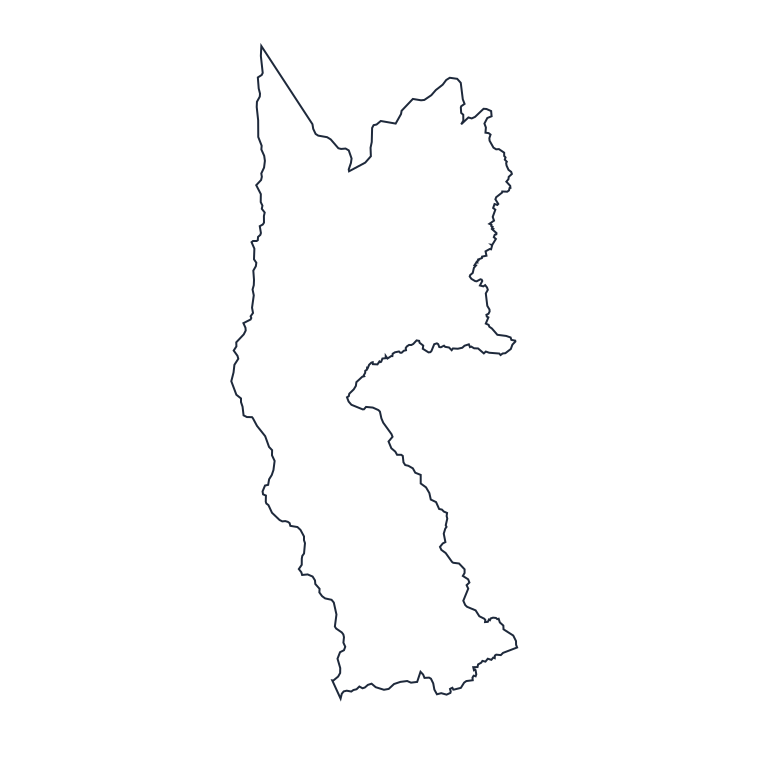 Belmira, Antioquia, Colombia (Albers equal-area conic projection), rotated 8°
{"feature_id": "7082276B19513801384430", "entity_name": "Belmira", "entity_type": "district", "adm_level": 2, "iso_a3": "COL", "parent_name": "Colombia", "parent_adm1": "Antioquia", "projection": "albers", "projection_center": [-75.634, 6.646], "detail": "fine", "context": "isolated", "style": "outline", "palette": "slate", "viewbox_px": 768, "rotation_deg": 8, "n_neighbors": 0, "source": "geoboundaries", "source_scale": "gbopen_adm2", "svg_char_len": 6142}
<svg xmlns="http://www.w3.org/2000/svg" viewBox="0 0 768 768"><g transform="rotate(8 384 384)"><path d="M374.0,684.7L384.8,701.6L385.3,696.6L386.9,694.0L389.8,692.9L394.4,693.1L396.3,691.3L399.3,690.1L401.7,687.0L405.1,688.3L407.3,687.2L409.9,684.2L413.4,682.5L418.0,685.4L426.5,686.8L431.1,685.3L435.7,679.7L441.7,676.7L448.3,674.9L452.3,676.0L458.3,674.4L460.2,663.9L463.2,666.3L465.0,669.4L469.5,668.5L471.5,669.3L474.4,673.6L476.4,679.6L479.6,683.9L483.7,682.2L489.2,682.9L492.7,680.7L492.9,679.3L491.8,676.8L492.4,676.3L494.0,675.3L495.2,677.0L496.0,676.8L502.4,674.2L504.9,668.6L506.9,666.7L513.1,665.0L512.5,662.5L513.1,660.9L513.5,660.3L515.4,660.7L515.8,658.7L514.5,654.6L513.9,654.1L512.9,654.9L511.8,652.0L516.0,651.3L516.2,648.6L519.1,646.4L520.0,644.5L523.1,644.8L525.0,641.6L528.7,642.2L530.3,639.7L531.8,640.1L531.6,637.5L532.8,636.4L537.4,636.2L539.3,633.7L552.5,626.4L551.1,623.9L550.5,620.2L547.0,615.1L536.5,610.3L535.8,606.6L531.9,604.0L530.2,600.5L528.9,601.1L527.4,600.1L524.5,600.2L522.3,601.3L521.8,603.1L520.7,602.6L519.9,605.1L517.2,605.7L517.2,603.6L516.0,602.5L510.7,600.7L506.2,595.4L497.3,593.1L495.2,591.6L492.7,587.6L495.9,574.9L493.8,571.7L496.2,568.7L494.5,565.7L488.8,563.1L490.1,559.9L489.6,556.3L483.3,551.3L477.4,551.4L476.1,550.7L468.6,542.8L463.9,540.3L462.1,537.5L464.4,533.7L466.8,532.0L464.0,523.9L464.8,518.7L465.8,516.8L464.8,515.3L465.4,508.5L464.4,506.0L464.4,502.9L461.0,502.0L458.8,500.3L456.0,500.1L452.0,493.7L446.4,491.9L444.1,485.7L440.0,480.5L434.2,477.4L433.0,468.9L427.3,467.5L424.3,463.5L419.5,461.6L416.3,461.3L414.2,458.9L412.6,452.6L410.9,451.7L406.8,452.3L404.6,449.4L400.2,446.6L396.5,440.3L399.8,435.1L398.4,432.6L388.6,422.4L386.2,418.4L383.8,411.9L382.1,410.6L376.2,408.9L369.4,409.2L367.7,411.8L366.5,412.1L354.6,409.1L351.4,406.3L349.2,402.3L350.8,401.0L351.0,398.4L354.8,393.5L356.4,389.8L356.4,386.0L361.4,379.9L363.3,379.1L362.7,378.4L363.8,375.6L363.6,373.5L365.1,372.2L365.0,370.3L365.7,370.5L366.6,367.0L368.5,364.6L369.8,364.0L370.2,365.9L374.8,365.5L376.3,362.3L377.1,362.9L378.1,362.4L378.9,359.0L382.1,358.2L381.8,356.0L383.9,358.3L387.3,355.3L388.4,355.2L388.4,352.8L390.4,351.1L394.3,349.7L395.8,350.8L397.1,350.6L399.0,348.3L401.1,347.5L400.5,345.4L401.4,343.6L403.4,341.8L405.6,341.6L407.4,340.3L410.2,336.3L412.8,336.4L413.5,338.2L417.5,340.5L417.5,343.7L423.7,346.5L425.5,346.0L426.4,344.7L428.2,337.6L430.7,336.4L432.1,337.0L433.6,339.7L435.2,339.7L438.1,337.7L439.4,338.7L443.3,338.8L446.3,341.1L447.3,339.2L452.2,338.8L456.5,337.2L458.4,334.9L462.5,332.9L464.0,335.5L465.1,334.8L468.3,336.1L472.2,335.7L478.6,339.8L480.3,337.7L483.8,338.4L493.9,337.8L495.4,339.1L497.2,337.3L499.9,336.6L504.7,331.7L505.7,327.1L508.2,323.7L507.9,322.8L504.0,322.6L502.9,320.3L498.3,319.4L489.4,319.5L483.1,314.0L480.3,312.6L479.4,310.9L476.4,310.0L478.1,303.5L476.4,302.9L475.8,301.2L477.7,299.9L478.5,297.5L478.1,295.6L475.4,292.2L472.2,280.1L473.7,276.3L472.6,274.1L470.4,272.0L468.8,273.5L465.3,273.1L467.0,268.3L466.2,267.1L464.9,266.9L461.5,269.4L459.9,269.4L455.9,267.7L453.9,265.6L454.2,264.1L456.4,261.7L456.9,256.4L458.5,253.9L457.1,253.8L458.5,250.8L459.5,250.7L459.0,249.7L460.4,248.5L459.9,247.6L463.4,245.7L463.4,244.2L467.6,242.7L466.1,238.5L469.9,235.6L471.3,235.7L471.8,231.7L471.0,231.2L471.8,231.2L474.6,224.8L472.3,223.3L472.9,220.8L474.4,220.1L474.4,218.9L469.7,215.8L470.5,215.1L469.2,214.5L469.7,213.3L468.2,212.6L468.2,211.3L466.1,210.7L470.2,206.9L468.4,203.4L470.0,195.9L467.6,194.5L468.4,190.4L471.3,190.9L472.1,189.8L468.6,185.6L469.1,183.4L474.3,178.0L474.3,176.9L479.3,176.4L480.8,174.9L481.1,172.4L481.9,172.2L481.4,170.2L477.0,166.6L478.7,163.9L478.7,161.5L481.4,158.2L480.4,156.2L477.5,154.6L475.0,150.7L474.2,148.2L474.7,146.8L472.4,145.0L472.8,142.7L471.3,141.5L470.8,138.2L465.1,135.4L462.4,136.0L459.5,134.7L454.7,128.4L454.1,125.9L454.8,122.2L452.7,121.0L449.5,121.0L449.2,115.8L447.2,112.1L449.3,106.2L453.3,103.9L452.1,98.8L447.2,97.4L444.3,97.6L437.0,106.8L433.9,108.8L430.5,108.3L424.3,116.1L425.9,112.2L425.0,106.3L422.7,104.8L421.6,99.5L421.8,98.2L424.8,95.4L422.4,91.1L418.1,75.1L414.0,71.6L406.5,71.6L403.3,74.3L400.5,79.4L394.4,85.7L390.7,91.4L384.4,97.1L381.2,97.9L372.9,97.7L363.4,111.0L363.3,114.3L359.3,124.5L344.2,124.0L340.5,128.1L337.7,129.1L336.6,132.1L338.2,146.1L337.8,151.9L339.3,160.3L334.6,167.4L319.8,178.2L319.2,176.4L320.5,169.7L320.5,165.2L316.6,157.6L313.2,156.2L308.8,157.2L306.0,156.9L297.2,149.2L293.3,147.5L284.3,147.2L281.5,145.9L278.4,141.2L277.0,136.7L215.5,66.4L216.4,76.3L220.6,92.8L219.9,95.0L216.4,98.0L218.8,108.8L220.8,113.7L221.0,116.7L218.9,122.2L219.4,127.4L222.7,140.5L225.1,156.9L229.7,165.1L229.9,168.8L233.6,174.7L235.0,179.6L235.1,186.4L233.2,192.6L234.2,195.8L233.9,199.1L229.8,204.9L235.6,213.1L236.6,221.0L238.8,224.3L238.6,227.5L242.0,230.8L241.7,234.4L242.7,240.9L241.8,242.9L239.0,245.0L241.1,251.6L240.8,253.5L238.8,255.9L239.0,259.2L238.0,260.1L234.4,260.6L233.1,262.0L236.8,268.0L237.9,278.6L240.7,281.7L240.7,285.2L238.8,289.9L240.8,299.1L241.3,304.3L240.7,308.7L242.7,314.3L242.7,326.8L244.4,331.9L242.5,335.5L243.4,337.1L242.9,338.7L236.3,343.3L239.0,347.6L239.6,350.3L238.2,354.4L231.9,363.3L232.6,367.3L230.5,371.8L235.0,376.5L236.2,379.3L233.2,385.8L233.4,393.5L232.4,402.5L239.3,415.2L244.4,418.2L244.9,421.8L247.1,426.2L249.3,434.6L252.8,435.8L257.9,435.2L258.9,436.1L264.1,443.2L273.6,452.2L278.9,462.3L282.4,465.1L283.0,470.2L286.4,475.4L286.5,484.6L285.5,489.8L283.5,494.3L283.3,500.0L280.3,501.1L278.7,507.3L279.6,510.1L282.6,510.9L283.3,517.0L284.1,518.7L286.4,520.0L291.0,527.1L299.5,533.2L302.4,534.2L305.3,533.5L308.0,533.9L309.9,534.9L311.0,537.5L318.2,537.7L321.6,540.1L326.0,546.1L326.5,549.8L327.9,552.6L328.4,563.0L327.0,565.6L326.9,568.4L327.7,574.5L325.4,579.1L328.3,581.9L329.5,584.5L334.9,583.2L340.1,584.6L343.0,588.1L343.8,591.6L348.7,595.8L349.0,599.4L352.2,602.7L355.5,604.5L362.1,605.0L364.7,607.4L369.0,618.9L369.1,631.0L370.6,632.8L376.8,635.9L378.6,637.7L379.6,640.3L379.8,645.8L382.2,649.6L381.4,653.2L377.8,655.7L376.2,662.5L380.2,671.4L380.8,676.3L379.3,680.1L375.1,684.7L374.0,684.7Z" fill="none" stroke="#1e293b" stroke-width="2"/></g></svg>